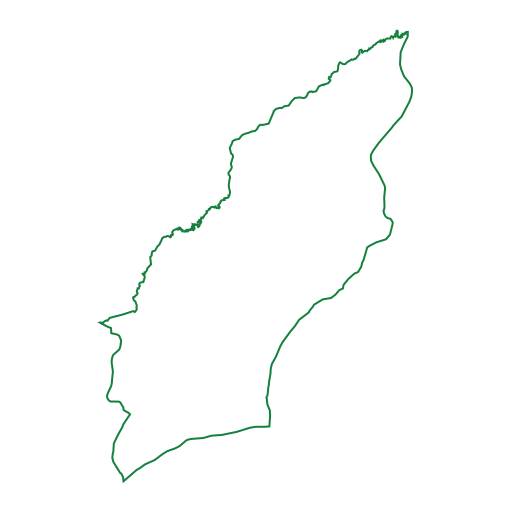 outline of Nambak, Louangphrabang, Laos
{"feature_id": "54806243B57265531802207", "entity_name": "Nambak", "entity_type": "district", "adm_level": 2, "iso_a3": "LAO", "parent_name": "Laos", "parent_adm1": "Louangphrabang", "projection": "albers", "projection_center": [102.383, 20.596], "detail": "fine", "context": "isolated", "style": "outline", "palette": "green", "viewbox_px": 512, "rotation_deg": 0, "n_neighbors": 0, "source": "geoboundaries", "source_scale": "gbopen_adm2", "svg_char_len": 5990}
<svg xmlns="http://www.w3.org/2000/svg" viewBox="0 0 512 512"><path d="M273.6,112.0L268.7,123.6L263.0,124.9L260.1,124.9L258.3,126.6L256.9,129.3L255.0,131.0L251.7,131.5L248.1,133.0L244.8,133.8L241.9,135.3L239.1,138.9L235.3,139.7L232.7,141.0L231.8,143.9L229.7,148.0L231.1,153.5L232.4,154.6L232.9,155.7L233.0,156.9L231.0,163.4L231.0,164.6L231.8,166.7L231.6,168.1L230.5,170.1L228.5,172.7L228.4,173.6L228.8,174.7L229.9,176.2L230.1,177.5L229.4,180.0L228.8,184.8L228.9,187.1L230.0,191.9L229.9,192.9L229.4,195.4L229.2,195.8L228.5,195.7L228.6,197.0L227.8,197.8L225.9,197.9L225.5,198.5L224.4,198.2L223.7,199.3L224.2,200.0L221.5,200.4L220.4,201.6L220.5,202.3L220.0,203.3L219.1,204.0L218.9,204.9L218.1,205.4L219.7,207.1L219.6,207.7L218.8,208.3L217.5,207.8L216.6,208.1L215.6,206.5L214.8,206.5L214.5,207.5L212.6,206.8L210.7,207.4L210.2,208.5L209.2,208.8L209.6,209.4L207.7,210.7L206.5,211.1L206.4,211.6L207.0,212.6L204.3,215.5L203.9,216.6L203.4,216.9L202.9,217.9L202.2,217.4L201.2,217.6L201.2,219.2L199.6,219.9L200.1,220.5L198.8,220.9L198.5,221.6L197.7,222.1L197.8,222.7L198.3,222.7L199.2,222.1L200.2,222.1L200.8,221.2L201.3,221.4L200.6,223.5L199.4,224.7L199.5,225.9L198.3,227.1L197.8,226.7L197.6,224.9L196.8,224.5L196.2,224.9L194.7,224.1L194.4,224.2L194.1,224.9L192.6,224.2L192.7,224.8L194.4,225.7L194.1,226.1L192.7,225.4L192.7,226.3L192.1,227.0L193.1,227.6L192.7,228.2L192.9,228.4L193.9,227.6L194.5,227.9L194.6,228.6L193.4,230.2L192.7,230.0L191.7,228.2L191.5,229.4L191.3,229.6L190.9,229.0L190.1,229.3L190.2,230.1L189.9,230.2L188.8,229.8L188.4,230.7L187.7,229.9L187.1,229.9L187.5,230.7L187.1,231.4L186.0,230.5L185.3,230.7L185.3,231.6L185.0,231.7L184.5,231.4L182.3,231.4L181.9,230.8L182.3,230.0L180.8,229.7L180.4,229.0L181.1,228.8L180.8,228.3L179.6,227.5L179.1,227.7L179.1,228.6L178.4,228.2L177.7,228.6L178.6,229.3L178.5,229.5L177.7,229.6L177.1,229.0L176.9,229.4L176.0,229.1L173.4,230.4L172.1,232.3L172.9,233.8L172.6,235.0L171.2,234.9L170.9,235.2L171.2,236.2L170.5,237.3L168.3,236.1L167.3,236.0L166.0,236.8L164.4,236.8L163.4,237.2L163.0,237.9L162.1,238.3L161.7,239.8L159.4,244.5L157.2,246.7L155.6,249.8L154.7,250.9L152.9,251.2L152.3,251.6L151.6,253.9L151.8,255.0L151.4,255.9L150.3,257.0L150.3,257.9L151.0,264.4L147.3,268.4L146.9,270.3L145.8,271.9L144.6,272.3L144.8,273.5L142.7,273.8L143.0,274.6L144.3,275.2L144.8,277.5L144.2,279.0L144.2,279.8L143.6,280.7L143.4,282.1L140.5,282.5L139.5,283.4L139.2,284.5L139.9,286.0L139.3,286.7L138.9,288.4L137.6,288.4L137.7,289.3L136.9,290.4L136.9,292.2L137.5,292.8L137.5,293.6L137.0,294.6L135.5,295.6L135.4,296.1L134.4,296.9L133.3,297.1L133.1,297.5L133.6,299.9L135.5,301.8L136.8,305.6L136.4,307.5L136.8,309.0L136.6,309.7L135.2,311.7L134.6,312.0L134.0,311.3L133.0,311.2L122.8,314.5L109.6,317.9L107.5,320.7L106.7,320.3L104.7,321.2L102.9,322.9L100.6,322.4L99.9,322.6L106.7,326.3L111.0,328.1L111.3,333.2L117.0,334.5L119.2,335.8L121.1,340.3L120.6,345.3L119.7,348.6L118.9,349.9L113.6,354.5L112.7,355.9L111.9,359.0L111.6,362.1L112.9,371.4L111.7,383.7L111.2,386.0L108.0,392.8L107.1,395.5L107.1,397.1L107.6,398.6L108.5,400.0L110.4,401.5L118.8,401.6L119.6,401.9L120.8,403.1L121.9,405.3L123.3,407.2L123.5,409.5L124.0,410.3L128.4,412.8L129.6,413.7L130.0,414.4L123.4,424.2L122.4,427.0L118.3,434.3L114.5,442.0L113.8,443.8L113.3,452.0L112.8,453.3L112.3,457.9L113.4,462.0L120.1,472.8L121.3,473.6L123.1,477.2L123.5,481.3L136.7,469.9L139.3,468.5L145.0,464.4L154.7,460.0L162.7,454.0L167.4,451.1L174.8,448.5L177.9,447.0L180.1,445.7L186.1,440.5L188.1,439.6L191.5,438.9L203.3,438.0L211.4,435.7L222.0,434.9L236.6,431.9L249.7,427.8L255.5,426.8L264.4,426.8L269.4,426.4L270.1,415.6L269.8,410.3L267.4,404.5L266.8,398.8L266.4,397.3L267.3,395.9L267.8,392.9L268.4,386.6L269.0,384.4L268.9,382.8L270.5,373.5L270.7,369.1L271.6,364.9L272.3,363.2L275.9,356.8L280.5,345.8L283.1,341.4L290.6,331.2L295.0,326.0L299.1,319.8L308.8,312.4L309.6,310.6L312.8,306.8L314.0,304.7L322.7,299.4L331.0,298.0L335.5,294.6L339.3,290.1L342.9,288.5L343.6,284.8L348.5,278.8L354.4,273.6L358.0,272.1L361.2,266.9L362.3,262.4L363.7,259.7L367.2,247.4L369.6,245.8L376.4,242.3L385.1,239.6L386.5,238.8L390.0,234.5L392.7,223.6L392.6,222.0L390.4,218.8L387.4,218.0L385.5,216.3L384.2,213.9L383.5,211.2L384.2,209.1L384.5,206.6L384.2,197.4L385.1,188.0L384.6,185.6L379.0,174.1L373.6,165.8L371.1,160.8L370.8,155.5L371.5,153.7L373.6,150.0L379.2,142.4L392.3,127.1L393.4,125.4L401.7,116.4L409.5,101.5L411.3,96.6L412.1,91.0L411.9,87.9L410.0,83.9L404.6,77.0L403.4,74.9L401.1,69.0L400.0,64.3L400.7,52.1L404.0,44.0L407.7,36.7L407.8,31.9L406.3,32.0L405.6,32.4L405.6,33.4L405.0,33.0L404.6,33.1L404.3,34.2L403.7,34.1L403.7,34.7L403.2,34.8L402.5,34.2L402.5,34.9L401.3,35.0L400.9,35.3L401.1,35.9L402.2,36.6L402.3,37.0L400.4,37.8L400.0,37.6L400.1,36.6L399.6,36.7L398.7,37.6L398.1,37.1L397.6,34.8L397.8,31.5L397.6,31.0L397.0,30.7L396.5,31.0L396.2,33.5L395.3,33.8L395.1,35.3L396.0,36.1L395.8,36.6L395.3,36.8L394.1,36.4L393.5,36.7L393.1,37.8L392.5,36.6L391.4,36.2L390.7,37.0L390.4,38.5L387.2,38.5L386.2,38.9L385.5,39.5L384.9,40.9L383.8,41.5L383.7,40.7L384.2,40.1L384.0,39.8L383.4,39.6L383.0,40.1L382.9,41.2L381.3,41.3L380.9,42.1L380.4,42.1L380.3,41.6L381.0,40.5L380.8,40.2L380.3,40.4L379.4,41.3L376.2,43.2L375.5,44.5L374.1,44.9L373.1,45.8L372.5,47.1L371.0,47.6L370.3,48.8L369.8,49.0L369.1,48.6L368.7,49.8L368.0,49.9L367.1,51.2L365.5,50.9L364.4,51.0L362.4,52.7L361.8,52.4L362.0,50.6L361.2,49.7L359.9,50.1L359.2,51.7L359.5,53.8L355.8,58.6L355.2,59.0L354.6,58.7L353.3,59.7L352.2,59.8L351.7,59.4L347.0,62.3L345.3,64.1L342.9,64.1L340.1,62.3L339.6,62.6L338.2,65.7L338.1,68.6L337.5,71.1L337.1,71.4L334.1,72.0L331.5,74.2L331.3,75.8L330.4,77.4L329.2,77.0L329.1,77.9L328.7,78.4L328.8,78.9L330.4,80.2L330.4,80.6L328.2,83.1L325.5,84.2L325.0,84.1L323.4,85.1L323.1,84.6L322.3,84.8L318.9,86.4L316.2,91.2L312.9,92.1L311.8,91.4L310.9,91.8L310.0,91.5L307.8,93.2L307.3,95.1L306.5,96.3L305.6,97.3L303.9,98.1L299.5,97.4L294.8,98.1L292.0,100.8L288.6,105.6L284.5,106.2L281.7,108.1L280.1,107.8L276.1,108.9L273.6,111.3L273.6,112.0Z" fill="none" stroke="#15803d" stroke-width="2"/></svg>